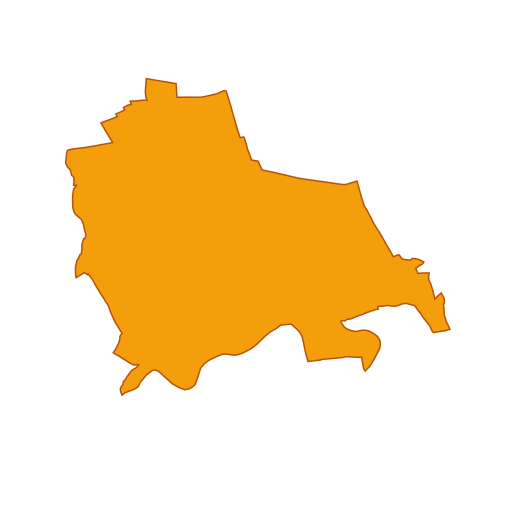 the district of Lunca Muresului, Alba, Romania, rotated 9°
{"feature_id": "2599482B93074518356645", "entity_name": "Lunca Muresului", "entity_type": "district", "adm_level": 2, "iso_a3": "ROU", "parent_name": "Romania", "parent_adm1": "Alba", "projection": "orthographic", "projection_center": [23.92, 46.432], "detail": "fine", "context": "isolated", "style": "filled", "palette": "amber", "viewbox_px": 512, "rotation_deg": 9, "n_neighbors": 0, "source": "geoboundaries", "source_scale": "gbopen_adm2", "svg_char_len": 6050}
<svg xmlns="http://www.w3.org/2000/svg" viewBox="0 0 512 512"><g transform="rotate(9 256 256)"><path d="M145.6,414.4L147.7,411.8L151.5,409.5L155.2,407.6L158.0,405.5L160.0,403.7L161.4,399.2L163.7,395.1L166.4,390.8L169.1,387.7L171.8,385.0L173.8,384.5L176.9,384.7L179.9,386.5L186.7,390.9L193.6,395.4L200.6,398.0L206.4,399.3L210.4,397.8L213.6,395.4L215.9,392.6L216.9,388.0L217.9,382.1L218.8,376.0L219.7,373.9L221.9,370.4L224.2,367.9L227.3,365.2L229.9,363.6L233.2,361.2L237.5,358.6L240.0,357.8L244.1,357.4L246.5,357.5L251.1,357.1L254.6,355.9L258.8,353.4L262.2,350.9L265.9,347.9L268.2,345.8L271.6,341.7L273.8,338.7L277.0,334.5L282.1,328.6L286.5,325.2L291.1,320.6L292.2,320.1L301.3,317.8L304.6,319.7L305.6,320.5L308.2,322.2L310.9,324.3L312.8,326.6L314.6,329.3L316.0,332.7L317.9,338.1L319.8,343.1L321.9,347.8L323.9,352.1L325.5,351.6L336.5,348.5L336.5,348.0L341.7,346.7L352.8,344.0L353.4,343.6L355.0,343.4L357.6,342.6L359.2,342.0L359.3,341.7L359.8,341.5L364.6,340.9L370.6,340.3L374.6,339.8L376.0,339.3L376.4,340.1L377.8,344.5L380.0,350.5L381.8,352.6L385.8,346.9L388.6,340.2L390.0,336.0L391.4,332.0L392.6,328.1L392.7,325.6L392.5,322.9L391.7,320.3L390.1,318.1L388.6,316.5L385.6,314.8L382.3,313.3L378.8,312.3L375.7,312.2L373.3,312.5L370.4,313.4L367.5,314.7L364.8,315.0L361.1,314.7L356.6,313.7L353.4,311.6L350.3,307.7L350.4,307.3L350.4,306.6L350.8,306.4L351.6,306.3L354.0,306.2L354.7,305.8L354.9,305.2L355.4,304.6L359.6,303.2L361.2,302.3L363.1,301.0L365.4,299.7L368.2,298.0L369.5,297.5L370.6,297.0L372.2,295.8L374.2,294.5L376.6,293.4L377.7,292.7L379.4,291.7L380.3,291.5L381.5,290.8L382.9,290.0L385.0,289.4L384.2,286.8L389.1,285.7L393.9,284.3L397.0,284.3L400.5,283.9L402.9,283.3L405.0,282.1L408.5,280.2L411.7,279.3L420.6,280.2L423.8,283.6L427.6,287.1L431.1,291.0L437.9,297.2L439.3,298.9L441.2,301.9L442.2,303.2L443.2,303.9L445.8,302.9L455.3,300.0L456.4,299.2L459.0,298.1L458.0,296.5L456.3,293.9L453.9,290.7L453.4,289.4L452.8,287.7L451.1,284.9L450.8,282.6L450.2,280.8L450.1,279.1L449.5,277.2L448.7,275.0L449.3,273.7L449.2,272.4L449.0,269.9L447.7,267.3L444.7,263.5L441.3,267.7L439.3,270.5L436.9,264.3L435.2,260.8L433.0,256.3L430.3,252.3L429.7,249.0L429.7,245.7L427.0,246.1L424.7,246.5L423.4,246.7L420.9,247.3L418.6,247.8L417.5,246.0L415.6,243.2L417.1,241.9L417.8,241.1L419.0,239.9L420.4,238.9L421.6,237.8L422.4,236.5L422.7,235.6L420.2,234.8L417.9,234.1L416.3,233.8L415.3,233.8L413.6,233.8L412.0,233.9L410.5,233.9L410.3,234.5L409.7,235.4L408.7,236.0L407.4,236.1L405.5,236.2L402.9,236.2L400.5,235.8L399.9,235.3L398.9,234.2L397.4,232.6L396.9,232.4L396.1,232.6L395.3,233.0L394.6,233.5L393.2,234.5L391.8,235.3L388.6,231.1L386.1,228.1L380.6,221.3L377.8,217.8L374.9,214.1L371.7,210.6L369.2,207.8L366.7,204.8L365.3,202.8L364.0,200.8L362.3,198.7L360.5,196.3L359.2,194.3L357.0,191.7L355.7,190.3L354.7,188.9L353.7,186.7L352.5,184.5L351.5,182.6L344.0,166.1L341.6,167.4L339.4,168.5L335.8,170.2L333.5,171.3L331.7,171.7L329.7,171.8L323.4,172.0L317.6,172.0L312.0,172.1L307.5,172.2L301.8,172.3L296.5,172.4L287.7,172.5L284.8,172.4L278.9,172.0L272.0,171.4L266.1,171.1L261.7,170.7L257.9,170.5L254.2,170.4L248.4,170.0L248.0,169.3L246.6,167.1L245.2,165.0L243.9,162.9L243.3,162.0L236.6,161.9L235.3,159.4L233.7,156.5L232.4,154.3L231.6,153.2L230.9,151.7L229.7,149.0L228.9,146.9L228.1,145.5L227.3,143.9L226.5,142.1L225.5,140.5L225.2,140.3L223.7,140.9L221.8,141.5L220.9,139.8L219.4,136.9L218.2,134.6L216.7,131.5L215.6,129.2L214.4,126.4L213.7,124.9L212.8,123.1L211.1,119.6L210.3,117.8L209.4,115.8L209.1,115.1L208.8,114.3L208.2,112.9L207.2,110.9L205.0,106.5L204.0,104.4L202.9,102.2L201.8,100.0L201.2,98.7L200.5,97.7L198.7,97.6L197.6,98.3L196.4,99.1L193.9,100.7L192.4,101.6L191.0,102.3L188.4,103.3L186.5,104.1L184.1,105.1L181.2,106.2L177.3,107.7L160.5,110.3L157.4,110.9L153.0,111.5L152.5,109.1L151.5,104.5L150.9,101.7L150.1,98.2L119.9,98.0L120.1,100.2L120.2,101.7L120.4,103.9L120.6,106.7L120.9,110.4L121.2,112.1L121.8,114.2L122.7,116.7L123.9,119.2L121.7,119.5L118.7,120.1L115.4,121.1L111.8,122.0L107.5,122.7L109.1,125.6L105.8,127.1L104.7,127.9L101.9,130.1L103.2,131.8L103.4,132.4L100.4,134.5L97.5,136.3L95.4,137.6L97.1,140.1L89.2,144.7L82.0,148.8L87.9,156.0L96.7,166.4L90.0,168.8L86.4,170.0L80.6,172.1L75.9,173.7L68.8,176.0L61.9,177.9L55.5,180.0L54.1,180.7L53.0,181.6L53.0,186.4L53.3,191.9L53.2,192.9L53.5,193.9L54.0,194.8L55.0,196.3L55.8,197.3L56.6,198.1L57.8,198.9L58.7,199.7L59.2,200.2L59.7,201.3L60.5,203.3L61.1,204.6L61.6,205.4L62.2,205.6L63.1,206.2L63.7,206.9L64.0,208.1L64.2,209.2L64.5,210.3L64.7,213.9L64.8,214.7L65.4,214.9L66.4,214.6L67.5,214.2L67.5,214.9L67.1,215.9L66.3,216.9L65.6,217.9L65.4,218.4L65.4,220.0L65.5,223.6L65.5,226.2L66.6,232.2L67.1,235.0L67.7,237.2L68.4,239.0L69.3,240.6L70.0,241.7L71.0,242.8L72.4,243.9L73.7,244.7L75.0,245.5L76.1,246.2L77.6,246.9L78.1,247.6L79.4,249.8L80.4,251.4L81.7,254.5L82.5,256.7L83.7,259.6L84.5,261.4L84.7,263.4L84.5,265.5L83.0,265.8L83.0,266.4L82.6,268.8L82.4,271.3L82.3,272.5L82.4,274.0L82.8,275.0L83.0,276.7L83.0,279.2L83.0,280.6L82.8,282.0L81.9,282.2L81.7,283.1L81.2,284.9L81.0,285.8L80.5,286.9L79.9,288.1L79.8,289.3L79.7,291.0L79.5,294.0L79.5,296.0L79.7,297.0L80.2,300.2L80.4,301.3L81.2,304.6L81.9,304.6L82.0,305.4L84.2,303.4L86.9,301.2L88.7,299.4L89.2,299.5L90.0,299.9L90.6,299.8L91.4,300.4L92.1,300.3L92.9,300.9L93.5,300.3L95.2,302.1L97.4,304.3L97.9,304.4L99.0,305.7L101.1,308.8L104.3,312.7L105.3,313.9L107.3,316.2L109.3,318.4L111.0,320.3L113.2,322.8L114.8,324.7L116.6,326.8L117.5,327.7L118.6,329.5L120.0,332.1L121.7,335.1L126.1,341.7L126.6,342.6L128.1,344.4L129.7,346.1L135.9,353.6L134.7,355.2L134.2,356.7L134.3,358.1L134.5,359.1L134.4,360.7L134.1,363.0L132.5,368.3L131.2,371.6L130.1,373.9L133.1,375.2L136.5,376.4L138.6,377.4L140.8,378.3L144.4,379.8L147.3,381.1L151.1,382.6L152.5,382.8L154.4,382.2L156.4,381.7L157.0,381.7L157.4,381.8L157.3,382.2L156.5,383.2L155.7,384.0L154.9,385.4L153.1,386.7L151.8,387.8L150.4,389.6L148.2,394.0L147.4,395.7L146.8,397.1L146.4,398.4L145.3,399.8L144.5,401.3L144.7,402.9L144.3,404.6L143.4,405.9L142.8,407.9L143.1,410.1L144.6,413.1L145.6,414.4Z" fill="#f59e0b" stroke="#b45309" stroke-width="1.5"/></g></svg>